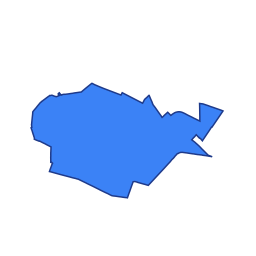 Barcanesti, Prahova, Romania, rotated 148°
{"feature_id": "2599482B47702266921229", "entity_name": "Barcanesti", "entity_type": "district", "adm_level": 2, "iso_a3": "ROU", "parent_name": "Romania", "parent_adm1": "Prahova", "projection": "orthographic", "projection_center": [26.058, 44.879], "detail": "fine", "context": "isolated", "style": "filled", "palette": "blue", "viewbox_px": 256, "rotation_deg": 148, "n_neighbors": 0, "source": "geoboundaries", "source_scale": "gbopen_adm2", "svg_char_len": 5147}
<svg xmlns="http://www.w3.org/2000/svg" viewBox="0 0 256 256"><g transform="rotate(148 128 128)"><path d="M213.4,168.2L212.9,167.4L212.3,166.5L211.8,165.8L211.0,164.8L210.6,164.2L210.2,163.8L209.9,163.8L209.8,163.6L208.7,161.7L207.6,159.9L206.8,158.7L205.7,156.7L204.1,154.1L203.3,152.8L203.8,152.0L204.2,151.4L205.3,149.8L206.1,148.6L206.3,148.4L206.6,147.9L207.0,147.3L207.2,147.0L207.5,146.5L207.9,145.9L208.2,145.3L208.7,144.6L208.9,144.4L209.0,144.2L209.3,143.7L210.1,142.4L210.5,141.7L211.4,140.3L211.6,140.0L211.1,139.9L211.0,139.7L210.9,139.3L210.9,138.9L210.8,138.6L210.7,138.3L210.8,138.3L210.9,138.2L211.0,138.1L211.2,137.9L211.3,137.9L211.4,137.7L211.5,137.7L212.0,137.2L212.3,137.0L212.6,136.8L212.8,136.6L213.0,136.4L213.2,136.2L213.3,136.2L214.6,135.2L216.0,134.1L217.1,133.2L217.7,132.7L216.7,131.7L210.0,124.4L203.4,117.4L201.2,115.0L200.0,113.8L199.2,113.0L198.0,111.6L197.3,111.0L196.6,109.8L193.9,105.5L192.7,103.6L192.2,102.7L191.3,101.3L191.0,100.8L190.1,99.4L188.9,97.5L188.6,97.0L188.1,96.2L186.4,93.4L185.1,91.3L184.5,90.2L181.1,84.8L179.8,82.9L179.2,81.8L177.6,79.2L176.5,78.2L174.8,76.9L173.3,75.6L172.0,74.5L170.5,73.3L168.9,71.9L167.2,70.5L166.0,69.6L165.5,69.1L164.4,70.0L161.4,72.4L160.2,73.3L157.1,75.8L153.8,78.4L152.1,79.7L151.2,79.3L150.6,79.0L150.3,78.7L149.7,78.1L148.9,77.2L148.5,76.6L147.1,75.1L145.2,73.0L143.9,71.6L143.3,71.0L142.5,70.0L142.0,69.5L141.6,69.1L141.2,68.6L118.9,74.6L113.2,76.2L112.8,76.3L112.5,76.4L112.1,76.5L111.2,76.7L110.5,76.9L109.9,77.1L109.0,77.4L108.8,77.5L108.5,77.6L108.0,77.8L107.5,77.9L107.2,78.0L106.7,78.1L106.0,78.2L105.6,78.3L105.2,78.4L104.7,78.6L104.3,78.7L103.8,78.9L103.7,78.9L103.5,79.0L102.7,79.3L101.8,79.5L101.0,79.7L100.8,79.7L100.5,79.9L100.1,80.0L99.6,80.1L99.0,79.8L98.0,79.8L96.5,79.5L95.0,78.7L92.7,76.8L91.2,75.6L88.8,73.5L86.8,71.8L86.0,71.2L84.9,70.2L83.3,68.8L82.0,67.8L81.1,67.1L79.5,65.8L79.2,65.4L77.6,64.1L76.5,63.2L74.9,61.8L74.1,61.0L73.1,60.2L72.9,60.0L72.1,59.2L71.9,59.0L72.0,59.2L72.7,60.2L73.0,60.6L73.3,60.9L73.6,61.4L73.9,61.7L74.1,61.9L74.2,62.1L74.3,62.2L74.4,62.4L74.5,62.8L74.6,63.2L75.9,68.9L76.1,69.8L76.3,70.5L76.9,73.4L77.2,74.8L77.5,75.9L77.8,77.0L77.9,77.4L78.1,77.9L78.2,78.5L78.4,78.8L78.6,79.8L79.0,81.0L80.2,84.2L79.7,84.3L79.1,84.5L78.8,84.7L78.1,84.8L77.7,85.0L77.3,85.1L77.2,85.1L76.8,85.1L76.4,85.3L76.2,85.3L75.8,85.4L75.5,85.5L75.0,85.7L74.7,85.8L74.4,85.9L74.0,86.0L73.7,86.1L72.9,82.0L72.7,82.1L71.9,79.6L72.0,79.3L71.9,78.9L71.7,77.7L70.7,78.2L67.3,79.7L60.8,82.6L56.7,84.5L56.4,84.2L51.8,86.2L38.4,92.1L39.3,93.4L40.9,95.4L43.4,98.5L45.4,101.0L46.3,102.0L48.1,104.4L49.1,105.6L50.4,107.2L51.9,109.0L52.2,109.4L52.1,109.5L52.4,109.3L54.3,110.9L55.4,109.0L57.8,105.0L59.8,101.7L61.1,99.5L63.3,96.0L63.4,95.8L65.2,98.6L65.7,99.5L66.8,101.2L68.2,103.6L69.4,105.5L70.7,107.6L71.3,108.7L72.3,110.4L73.1,111.6L73.5,112.2L73.8,112.6L74.3,113.2L74.7,113.6L75.0,113.9L75.7,114.4L76.0,114.7L76.4,114.9L76.8,115.1L77.2,115.3L77.7,115.5L78.2,115.7L78.9,115.9L79.5,116.1L79.9,116.1L80.2,116.2L80.4,116.2L81.1,116.2L81.7,116.2L82.1,116.2L82.6,116.2L83.2,116.2L84.4,116.0L85.0,116.0L85.8,119.5L86.0,120.3L88.9,119.8L90.6,119.5L92.0,119.1L93.5,118.9L93.5,119.4L93.5,120.2L93.5,120.9L93.6,122.1L93.8,125.2L94.1,131.1L94.3,133.0L94.4,134.2L94.4,134.6L94.4,134.8L94.3,135.0L94.3,135.3L94.2,135.9L94.1,136.3L94.0,136.7L93.9,137.1L93.4,140.7L93.1,142.5L93.0,143.2L92.8,144.3L92.8,144.5L93.0,144.6L93.6,144.4L93.9,144.4L96.0,143.9L96.8,143.8L97.5,143.7L98.1,143.6L98.4,143.5L98.7,143.4L98.9,143.4L99.1,143.2L99.3,143.1L100.4,142.5L101.0,142.1L102.0,141.5L102.5,141.3L105.3,146.0L114.2,161.0L116.5,159.7L127.8,174.6L131.1,179.2L132.4,181.1L133.4,182.5L134.2,183.9L134.7,184.7L134.9,185.0L135.6,185.0L143.0,184.1L145.1,183.8L147.2,183.5L148.2,183.3L148.6,183.3L150.3,184.1L151.9,184.8L153.7,185.6L154.4,185.9L155.0,186.2L156.4,186.7L159.0,187.9L159.8,188.2L160.9,188.7L162.2,189.3L162.4,189.4L163.1,189.7L163.5,189.9L164.1,190.3L164.4,190.5L165.0,190.8L165.6,191.0L166.0,191.1L166.8,191.1L167.0,191.6L167.3,191.6L167.6,193.9L167.6,194.3L167.8,194.3L168.1,194.2L168.6,194.1L168.8,194.1L169.0,194.0L169.2,193.9L169.2,193.2L169.1,192.8L169.0,192.3L169.0,192.1L168.9,192.0L169.3,192.0L169.6,192.1L170.3,192.2L170.9,192.3L171.2,192.3L171.7,192.4L172.1,192.5L172.3,192.6L172.8,193.2L173.3,193.7L173.4,193.8L174.5,195.3L175.1,196.1L175.4,196.2L176.0,196.5L176.5,196.6L177.3,196.9L177.3,197.0L178.8,196.9L179.5,196.9L180.1,196.8L180.6,196.8L181.7,196.7L182.8,196.6L184.0,196.5L185.3,196.4L185.9,196.3L186.5,196.3L186.8,196.2L187.0,196.3L187.4,196.3L187.6,196.1L188.4,196.0L188.8,196.0L189.2,195.9L190.4,195.5L193.7,194.4L195.0,193.9L196.0,193.6L198.8,192.7L200.1,192.2L200.4,191.9L201.3,190.6L203.5,187.8L204.2,186.9L206.2,184.3L207.8,182.2L208.2,181.8L208.2,181.6L208.4,181.2L208.6,180.8L208.9,180.3L209.1,179.8L209.1,179.6L209.3,179.5L209.5,179.4L209.9,179.5L210.1,179.5L210.1,179.4L210.2,179.1L210.4,178.3L210.6,177.3L211.0,175.7L211.3,174.7L211.5,173.8L211.7,173.2L211.9,172.2L212.1,171.4L212.3,170.8L212.4,170.1L212.5,169.8L212.7,169.4L212.7,169.2L212.9,168.7L213.0,168.6L213.4,168.2Z" fill="#3b82f6" stroke="#1e3a8a" stroke-width="1.5"/></g></svg>